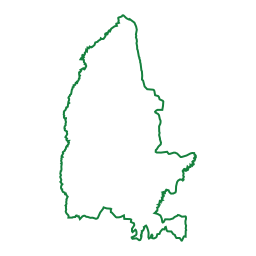 Masi-Manimba, Bandundu, Democratic Republic of the Congo (Robinson projection)
{"feature_id": "63176286B37254158064276", "entity_name": "Masi-Manimba", "entity_type": "district", "adm_level": 2, "iso_a3": "COD", "parent_name": "Democratic Republic of the Congo", "parent_adm1": "Bandundu", "projection": "robinson", "projection_center": [18.055, -5.013], "detail": "fine", "context": "isolated", "style": "outline", "palette": "green", "viewbox_px": 256, "rotation_deg": 0, "n_neighbors": 0, "source": "geoboundaries", "source_scale": "gbopen_adm2", "svg_char_len": 5810}
<svg xmlns="http://www.w3.org/2000/svg" viewBox="0 0 256 256"><path d="M100.8,38.3L100.4,39.6L98.3,40.8L97.6,41.8L95.3,42.5L94.5,45.0L92.1,47.0L91.5,46.9L91.0,47.4L89.7,46.6L88.9,48.2L87.5,47.6L87.0,51.1L86.1,50.1L85.8,51.8L84.8,52.8L85.0,53.8L83.7,56.2L82.8,54.9L82.3,55.2L82.3,57.4L83.4,57.7L82.4,58.7L81.7,58.0L81.2,58.1L80.5,59.3L83.6,59.6L83.9,60.0L83.9,62.1L85.4,63.8L84.9,64.3L85.8,64.8L86.2,65.8L86.1,66.7L85.2,67.6L85.2,68.4L84.4,69.4L83.9,69.2L83.2,68.3L80.5,69.9L81.2,70.7L80.1,72.2L79.4,72.1L79.1,72.5L79.2,75.0L80.0,75.5L79.4,76.6L79.5,78.4L78.9,78.6L78.8,79.7L77.8,81.3L77.0,81.6L77.3,82.6L77.1,83.1L75.7,82.9L75.2,84.8L73.6,85.2L73.7,86.8L72.7,87.2L72.5,88.7L71.9,89.5L71.1,94.0L70.0,94.9L69.9,95.8L69.0,96.6L68.4,97.9L69.1,98.8L69.1,100.0L68.3,102.2L69.2,103.0L68.0,104.0L67.8,106.7L66.2,107.5L66.3,108.5L65.8,109.0L65.4,110.1L64.3,111.0L63.8,112.1L64.0,112.9L63.7,114.7L64.3,115.7L63.9,116.9L64.1,117.8L64.6,118.2L66.0,118.2L66.0,118.6L65.3,119.6L66.0,122.0L65.5,123.8L65.7,125.1L64.7,126.4L64.4,128.1L64.9,128.6L64.7,129.5L64.9,130.3L67.0,131.5L66.8,132.6L67.2,133.8L67.1,134.4L65.4,137.1L67.0,138.6L66.4,139.5L66.7,140.3L67.8,140.9L68.8,140.9L68.0,142.0L68.3,142.4L68.9,142.6L68.5,144.2L67.9,144.6L67.5,146.3L66.8,146.0L66.0,147.2L65.8,148.9L65.0,149.7L64.9,150.6L62.9,152.1L62.8,152.6L63.2,153.5L61.8,155.7L62.5,156.8L61.6,156.9L61.6,158.3L61.3,158.8L61.6,159.5L61.1,160.8L61.7,162.4L61.7,163.0L61.2,163.5L61.7,164.1L61.3,166.6L61.5,169.3L61.2,170.9L60.7,171.1L60.3,173.8L61.0,175.1L60.2,176.9L61.3,179.8L60.9,181.4L60.4,181.9L61.3,182.8L61.4,183.5L62.4,184.2L61.5,185.3L61.2,186.2L61.0,187.1L61.2,188.7L62.2,189.3L62.1,190.3L62.9,191.9L64.7,192.6L64.9,193.6L65.6,193.6L65.4,194.3L66.1,194.4L66.9,195.9L67.7,196.7L66.4,199.4L66.6,199.9L66.2,202.1L66.5,203.8L65.5,205.6L66.1,206.1L65.9,208.0L66.2,209.3L65.7,211.6L66.5,213.4L68.4,215.4L68.6,216.5L68.4,217.6L72.2,217.6L72.9,217.2L75.2,217.0L75.9,215.7L76.7,215.5L76.9,216.1L78.0,216.5L78.7,216.2L79.9,219.1L82.5,216.3L84.1,215.7L84.8,215.8L86.3,216.8L87.7,216.9L90.3,217.8L92.7,217.7L96.0,218.8L97.4,218.3L97.9,217.7L100.2,212.5L103.1,208.7L103.6,207.4L106.7,208.4L110.8,208.7L111.2,209.0L110.8,209.8L110.9,212.2L111.8,212.6L115.8,217.0L116.6,217.4L119.1,217.3L120.8,216.9L123.9,215.4L124.3,218.9L130.1,219.1L131.2,219.6L130.9,222.0L133.9,223.3L134.2,224.5L134.2,225.4L132.0,228.7L132.0,231.3L132.6,232.1L135.4,229.7L136.0,230.3L136.5,232.0L136.5,234.2L136.0,235.1L133.9,236.4L131.7,237.3L131.7,237.8L132.5,238.8L136.5,238.3L139.2,240.2L140.3,239.9L141.3,237.6L141.1,236.9L141.6,236.0L141.5,235.7L141.0,236.0L140.9,235.5L141.2,234.4L141.8,233.7L141.6,232.9L142.1,231.8L141.8,231.1L143.2,230.4L144.2,228.2L143.9,227.1L144.7,226.9L145.3,225.9L146.1,225.6L147.1,227.4L148.1,230.5L148.6,232.9L148.4,237.3L149.0,238.5L150.7,237.3L151.3,235.2L151.9,234.7L152.5,235.5L151.9,237.9L153.1,238.4L154.1,238.4L155.8,237.6L156.6,236.8L157.3,234.2L159.5,233.9L160.4,231.6L162.5,229.2L164.2,229.4L165.3,227.1L165.8,226.9L166.7,230.5L167.6,231.3L171.4,231.5L173.1,234.0L175.0,235.1L175.3,236.2L176.4,238.0L179.7,238.0L181.5,240.6L182.0,240.5L183.7,236.8L184.2,236.3L185.6,236.7L185.7,230.8L186.2,230.1L185.7,228.5L186.1,225.6L185.5,224.0L185.4,221.1L186.0,218.8L185.9,216.9L185.5,216.4L181.9,216.7L179.4,215.3L177.9,215.0L177.4,215.7L174.6,217.0L173.0,218.5L169.9,219.4L165.2,219.3L163.6,222.1L162.8,222.5L162.3,222.0L161.7,218.5L160.4,215.5L157.5,213.9L154.6,213.1L155.2,212.6L156.1,212.7L155.8,211.9L156.0,211.5L157.3,210.7L157.5,208.1L157.2,207.6L158.5,206.9L159.5,205.0L158.3,204.6L159.2,204.1L159.7,201.5L160.5,202.0L160.4,201.0L161.4,201.3L161.6,200.1L162.5,200.0L161.9,199.4L162.1,198.8L161.9,197.9L162.6,198.0L162.7,196.3L163.5,196.4L163.7,196.1L163.0,195.5L163.7,194.9L163.5,194.4L162.8,194.5L162.5,194.1L163.7,193.2L162.6,192.3L163.5,192.0L164.2,192.8L164.9,193.0L164.9,192.0L165.5,190.9L166.1,190.8L166.0,190.1L166.3,189.7L168.6,190.3L169.5,192.3L171.0,193.6L173.3,193.5L175.5,192.4L175.9,191.0L176.1,186.3L177.1,182.1L178.1,180.6L180.0,179.4L181.5,179.8L182.0,179.5L182.7,179.5L183.0,180.3L183.6,179.7L183.1,178.5L183.9,176.8L183.2,175.8L183.6,173.4L182.7,171.0L184.0,169.1L184.4,169.0L184.6,170.6L185.7,170.8L185.9,169.6L186.9,170.3L187.9,169.9L188.1,169.2L187.1,168.1L187.5,166.6L188.6,167.7L189.1,167.5L189.7,166.8L190.3,166.9L190.4,165.0L191.1,165.7L191.5,165.2L192.2,165.8L192.8,164.9L193.7,164.4L193.6,163.8L192.5,164.1L192.5,163.5L193.2,162.7L192.4,161.8L193.1,161.0L194.4,160.8L194.6,159.8L195.0,159.7L195.1,159.2L194.3,158.8L194.0,158.2L194.7,157.2L195.5,157.7L195.8,157.4L195.8,155.8L195.2,154.9L194.5,154.8L194.2,153.1L192.2,153.0L190.6,153.4L186.6,155.5L181.7,157.0L180.6,157.0L177.2,153.6L175.2,152.7L173.6,152.7L169.8,153.9L168.7,153.9L167.1,151.8L161.1,152.6L156.7,152.5L155.7,151.9L155.8,150.1L156.8,149.2L158.4,146.6L160.7,144.4L161.0,142.6L159.9,139.2L160.0,138.5L159.1,135.0L159.6,132.9L159.2,131.5L159.1,126.3L160.3,123.7L160.6,121.9L160.5,120.5L159.8,119.1L159.0,115.2L158.1,114.0L155.4,112.5L155.1,111.7L156.3,110.5L157.4,109.9L162.3,109.9L163.0,105.9L163.3,101.5L162.8,100.8L159.6,99.3L158.9,97.0L158.2,96.1L155.1,95.2L154.4,91.1L153.8,90.0L153.1,89.7L147.2,89.2L144.6,86.5L143.1,80.6L142.0,79.6L142.2,75.6L141.9,71.2L141.4,70.4L140.6,63.6L140.1,62.0L140.2,60.9L139.3,58.2L139.4,57.5L138.9,56.8L137.7,50.1L137.2,49.1L137.1,46.3L136.5,43.1L136.9,41.5L136.7,39.4L135.9,37.2L136.3,35.9L135.9,34.5L136.8,29.8L136.1,26.5L134.4,22.6L129.7,19.1L129.3,19.6L128.7,19.4L126.5,18.3L123.5,15.4L122.5,15.4L121.7,16.5L118.5,17.6L118.2,18.0L118.7,20.6L118.4,21.6L119.0,22.8L116.3,23.7L116.2,24.1L116.9,25.8L114.6,26.3L111.2,28.7L109.9,31.6L109.4,31.5L109.0,30.7L108.4,31.4L107.4,34.3L107.1,34.4L106.5,33.1L105.4,33.6L105.1,34.3L105.5,35.7L105.2,36.6L103.5,38.9L101.8,39.0L100.8,38.3Z" fill="none" stroke="#15803d" stroke-width="2"/></svg>